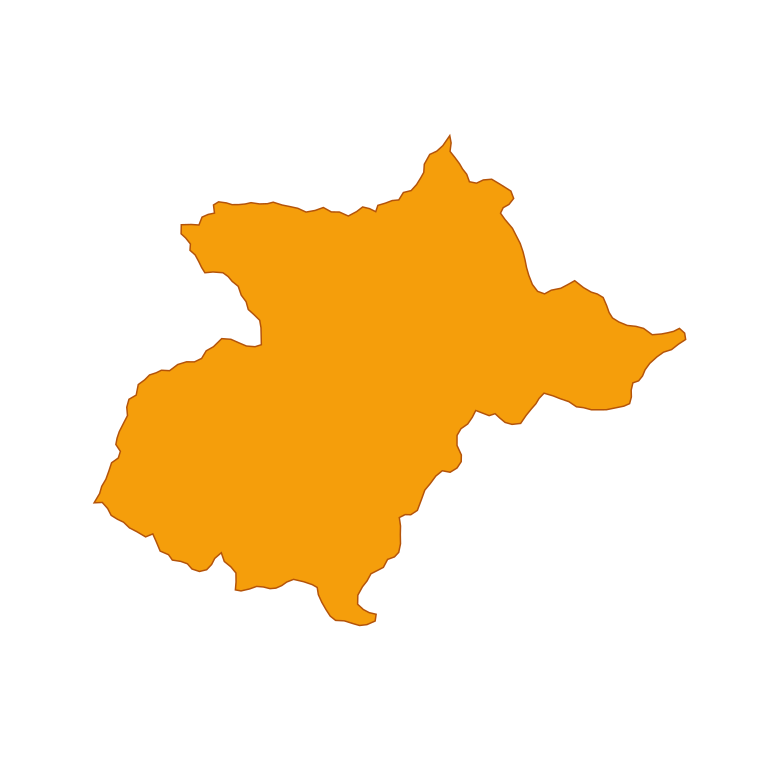 Alvorada de Minas, Minas Gerais, Brazil (Albers equal-area conic projection), rotated 171°
{"feature_id": "56859067B93415811107896", "entity_name": "Alvorada de Minas", "entity_type": "district", "adm_level": 2, "iso_a3": "BRA", "parent_name": "Brazil", "parent_adm1": "Minas Gerais", "projection": "albers", "projection_center": [-43.373, -18.776], "detail": "fine", "context": "isolated", "style": "filled", "palette": "amber", "viewbox_px": 768, "rotation_deg": 171, "n_neighbors": 0, "source": "geoboundaries", "source_scale": "gbopen_adm2", "svg_char_len": 3332}
<svg xmlns="http://www.w3.org/2000/svg" viewBox="0 0 768 768"><g transform="rotate(171 384 384)"><path d="M688.9,312.0L680.8,311.1L676.4,304.2L674.0,296.9L668.3,292.0L662.9,288.3L657.9,281.7L651.1,276.7L643.4,270.3L635.8,272.1L633.7,264.2L631.2,254.0L623.5,249.1L620.6,243.2L612.5,240.6L606.3,237.2L602.6,231.3L595.6,227.7L588.2,228.3L582.5,232.7L578.5,238.2L571.1,242.8L569.5,233.7L563.8,227.3L559.8,220.5L561.1,211.6L563.0,203.9L557.6,202.0L548.9,202.6L541.5,204.0L534.9,202.4L528.6,199.7L522.7,199.3L516.5,200.9L511.1,203.6L503.9,205.2L494.3,201.3L486.3,197.1L481.8,193.5L481.8,186.2L479.6,178.2L476.6,170.3L473.4,163.1L468.8,158.1L460.3,156.3L451.5,151.9L445.9,149.3L438.5,149.0L429.8,151.3L427.8,157.8L434.4,160.5L439.7,164.5L444.5,170.6L442.9,179.5L437.0,187.1L431.6,192.1L426.6,198.6L419.2,201.0L413.3,203.0L407.9,210.2L400.7,211.6L395.8,215.4L392.7,223.6L391.4,232.9L389.9,241.2L389.8,249.7L383.6,251.7L378.0,250.7L370.8,254.0L364.9,264.4L360.3,272.8L354.0,278.3L347.2,285.0L340.0,289.2L332.5,286.5L325.0,289.6L319.9,295.2L318.7,301.8L321.5,311.9L319.9,321.8L315.0,327.8L307.6,331.4L302.0,337.3L297.5,343.5L291.3,339.9L285.1,336.3L278.9,337.3L274.8,332.1L270.4,327.1L263.9,324.1L255.2,323.7L248.6,330.7L242.4,336.3L237.1,340.7L233.1,345.5L227.4,349.9L218.8,345.8L212.4,342.0L204.1,337.6L197.5,331.4L190.6,329.4L183.2,326.1L168.5,323.8L159.5,324.2L150.5,324.6L144.5,326.2L141.7,332.5L140.8,339.3L138.0,346.2L132.0,347.3L127.4,351.5L123.9,357.2L118.3,362.8L110.2,368.1L103.0,371.7L94.6,373.0L86.9,377.3L79.1,380.8L79.1,387.2L83.5,392.7L89.7,390.7L95.9,390.2L102.1,390.0L111.4,390.7L118.9,398.3L126.1,401.5L134.6,403.8L142.3,408.5L148.0,413.5L150.5,419.4L151.8,426.5L154.0,435.1L159.2,439.5L164.9,442.3L171.9,448.0L179.5,456.2L187.6,453.2L194.4,450.9L204.1,450.5L211.3,447.9L217.8,451.5L221.9,459.1L224.0,468.7L225.0,476.7L225.3,484.5L226.0,492.7L227.5,501.5L230.0,509.1L232.8,517.7L238.8,527.6L242.2,534.5L238.7,539.5L232.5,541.8L226.9,547.0L228.5,554.7L233.7,559.3L239.0,563.9L245.6,569.4L254.0,570.0L261.2,567.9L268.0,570.4L269.5,578.2L272.8,584.1L275.0,589.8L278.6,596.7L282.4,603.4L280.0,611.6L280.2,619.0L288.6,610.2L295.5,605.7L302.9,603.6L309.8,594.8L311.6,586.8L315.2,582.2L320.6,575.9L326.9,570.8L334.9,570.1L340.6,563.5L347.2,563.9L354.4,562.4L362.1,561.4L365.2,555.5L370.9,559.5L377.4,562.2L384.0,558.6L393.0,555.5L401.1,560.8L409.1,562.2L416.3,567.8L424.8,566.2L434.1,566.0L441.6,571.0L449.3,574.0L456.6,576.7L465.0,580.9L470.9,580.3L478.7,581.3L487.0,583.9L493.0,583.5L499.4,583.9L506.0,584.9L511.3,587.5L518.9,589.8L524.4,587.5L524.7,579.3L531.2,579.0L537.6,577.3L541.9,570.0L549.4,571.7L559.3,573.0L560.9,564.1L557.1,559.3L553.3,552.6L554.7,546.4L550.3,541.0L547.8,533.9L545.9,527.6L543.5,521.9L535.4,521.4L525.7,519.1L521.1,514.5L517.9,509.1L512.7,503.3L511.1,494.1L507.3,486.8L506.4,478.8L501.6,472.9L496.8,466.4L496.7,458.8L497.8,450.6L499.0,442.0L505.5,441.0L513.9,443.0L521.1,447.5L528.2,452.1L537.2,454.2L546.6,447.5L554.4,444.6L560.1,437.8L567.8,435.5L575.6,436.8L584.7,435.5L593.7,430.7L601.7,432.4L607.3,430.7L614.2,429.6L619.8,425.5L626.8,421.9L630.5,411.8L638.3,408.8L641.7,401.3L642.3,392.9L647.1,386.4L652.9,378.4L656.1,372.3L658.3,366.2L654.9,358.7L658.0,352.5L665.4,348.8L669.4,341.0L673.6,333.4L678.8,327.1L682.0,320.3L688.9,312.0Z" fill="#f59e0b" stroke="#b45309" stroke-width="1.5"/></g></svg>